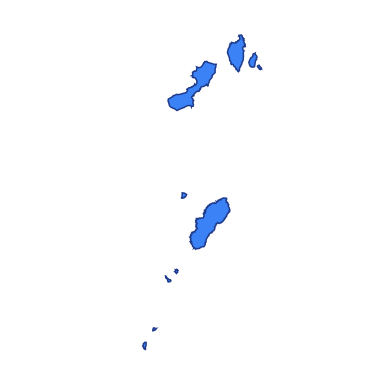 the district of Batanes, Batanes, Philippines, rotated 192°
{"feature_id": "2640588B23864872837062", "entity_name": "Batanes", "entity_type": "district", "adm_level": 2, "iso_a3": "PHL", "parent_name": "Philippines", "parent_adm1": "Batanes", "projection": "robinson", "projection_center": [121.895, 20.691], "detail": "fine", "context": "isolated", "style": "filled", "palette": "blue", "viewbox_px": 384, "rotation_deg": 192, "n_neighbors": 0, "source": "geoboundaries", "source_scale": "gbopen_adm2", "svg_char_len": 6136}
<svg xmlns="http://www.w3.org/2000/svg" viewBox="0 0 384 384"><g transform="rotate(192 192 192)"><path d="M176.7,136.8L175.2,137.7L173.4,138.2L170.9,140.5L169.0,141.0L168.3,142.7L168.2,143.9L168.5,144.3L168.3,144.3L168.4,145.6L167.9,146.0L168.3,148.5L166.9,152.7L166.5,152.9L166.8,153.2L166.2,154.9L165.1,156.0L164.2,156.2L164.1,157.3L163.8,157.2L163.5,158.1L162.5,159.0L162.1,160.9L162.5,162.3L162.3,162.2L162.4,162.7L161.6,164.6L161.9,165.7L161.6,166.1L161.0,166.2L160.7,167.4L159.0,166.8L158.0,167.7L157.3,167.7L157.1,168.5L156.2,169.0L156.2,169.5L155.5,170.0L155.4,170.7L154.6,171.7L154.8,172.8L154.3,172.8L153.7,174.7L153.2,175.0L153.3,176.1L153.1,176.2L153.0,177.8L152.2,178.8L152.1,179.6L151.9,179.5L151.2,180.4L151.1,181.0L151.5,181.4L151.2,181.4L151.3,182.3L152.3,184.2L153.5,185.6L153.6,187.3L154.1,187.3L154.8,188.9L155.9,188.9L155.8,189.2L156.2,189.3L156.1,190.0L156.9,190.5L156.8,190.8L157.1,191.3L156.6,192.4L156.8,192.9L157.8,193.1L160.4,192.5L162.0,191.2L162.0,190.8L162.3,191.0L162.8,190.2L163.4,190.2L163.4,189.9L164.5,189.5L164.4,189.1L164.6,189.2L165.7,187.7L165.7,187.2L166.1,187.4L165.8,186.8L166.4,185.9L166.9,185.7L168.0,186.2L168.7,185.4L169.6,185.5L170.1,184.8L171.0,184.5L171.6,183.7L171.5,183.3L172.1,183.4L172.1,183.1L172.9,182.5L172.7,182.3L173.2,182.1L173.2,181.4L173.7,181.3L173.7,180.6L174.0,180.8L174.2,180.0L174.6,179.8L174.4,178.7L174.6,178.0L175.2,177.9L175.2,177.2L175.4,177.3L175.6,176.9L175.2,176.5L175.6,176.5L175.3,176.1L175.7,176.1L175.4,175.6L175.8,174.9L175.4,174.8L175.8,174.6L175.0,174.0L176.2,173.3L175.9,173.1L175.9,172.2L175.5,172.0L175.2,171.2L175.6,169.1L178.0,168.3L178.2,168.0L179.2,168.1L180.0,167.3L180.4,167.4L180.4,166.8L181.3,166.9L181.1,166.3L181.5,165.8L182.1,166.3L182.0,165.6L182.5,164.8L182.0,164.1L182.1,163.2L180.5,162.6L180.6,161.8L181.3,161.3L180.7,160.6L181.2,159.7L181.1,159.2L180.5,158.9L180.5,158.5L180.2,158.7L179.7,158.3L179.2,157.2L180.2,156.3L180.1,155.6L180.9,154.8L180.9,153.7L181.5,153.3L181.6,153.5L181.8,153.5L182.0,153.0L183.2,152.9L183.8,152.4L183.2,151.9L183.2,151.2L184.2,150.6L184.3,149.9L184.0,149.5L184.3,149.1L183.8,148.7L184.4,148.1L184.3,147.3L184.0,146.9L184.3,146.9L183.3,146.0L183.6,145.2L182.9,144.0L183.4,143.2L183.0,143.1L183.3,143.0L182.4,141.9L181.7,141.8L181.9,141.2L180.6,140.3L180.2,139.1L178.4,137.8L178.5,137.3L177.8,137.9L176.7,136.8ZM215.2,304.2L212.7,304.3L211.0,302.7L210.1,301.1L210.0,299.3L210.4,297.8L210.9,297.9L211.2,297.5L211.9,298.0L211.8,297.1L212.0,296.4L212.8,296.1L212.9,295.5L213.9,295.0L214.0,294.6L214.4,294.7L215.4,293.6L216.6,293.4L217.6,291.9L218.1,291.9L218.4,291.3L217.4,290.3L218.3,288.1L225.1,284.5L227.4,284.3L229.6,282.5L230.3,282.5L230.8,281.4L232.4,279.7L234.4,278.1L234.5,276.8L234.1,276.0L234.1,275.4L233.6,275.1L232.0,271.8L230.9,270.9L228.6,270.1L226.6,269.9L223.6,268.6L220.3,271.2L217.8,272.7L214.7,275.4L211.5,276.3L211.0,276.1L210.3,275.1L210.3,275.9L208.7,276.1L208.8,278.0L209.7,279.3L209.6,280.4L209.9,280.9L209.6,281.4L210.0,281.6L209.6,282.1L210.3,282.6L210.7,283.5L211.8,284.1L211.9,284.3L211.6,284.6L212.0,284.4L212.1,284.8L211.6,285.8L211.2,285.9L211.3,286.2L210.2,286.5L210.2,287.1L210.8,287.2L210.7,287.8L208.6,290.9L207.3,291.9L206.5,291.8L205.9,292.2L205.9,293.3L205.3,293.8L205.5,294.2L205.2,294.2L205.2,294.7L205.5,294.2L205.6,294.5L205.0,295.2L205.0,296.5L203.6,297.4L202.8,297.5L201.4,298.7L201.1,299.3L200.6,299.4L200.3,300.2L198.8,299.0L198.3,299.4L198.7,300.7L198.2,302.3L198.0,305.2L196.6,307.5L196.2,309.0L196.6,310.2L194.2,313.6L195.0,317.2L194.9,318.9L194.7,319.0L195.0,321.0L194.7,322.5L195.2,321.9L196.4,321.5L203.5,322.1L204.5,322.8L205.3,322.7L205.7,322.1L206.6,322.1L206.4,321.6L206.9,320.9L207.4,320.8L208.0,318.0L209.4,315.8L211.3,315.0L213.5,315.3L213.0,314.4L213.0,311.4L213.6,310.8L214.6,311.0L216.4,309.2L215.9,308.2L216.0,307.6L215.5,306.3L216.4,305.6L215.3,305.6L215.0,305.1L215.2,304.2ZM171.6,319.3L170.8,320.9L171.2,321.4L171.1,323.4L170.0,327.3L170.0,329.4L169.4,331.2L169.9,335.6L170.7,338.6L170.8,340.9L170.6,341.0L171.9,341.9L172.4,343.3L172.1,344.5L171.2,345.1L170.4,345.0L170.2,345.4L170.7,345.7L170.4,345.8L170.8,346.3L170.5,346.7L170.7,347.5L171.4,347.6L171.3,348.1L172.6,349.8L172.9,350.5L172.7,350.8L173.2,351.0L172.8,351.5L173.7,352.0L173.4,352.5L173.9,352.4L173.7,353.0L174.1,353.5L174.8,353.6L175.3,355.0L175.6,354.9L176.2,355.7L176.6,355.4L177.6,355.5L178.1,354.7L178.6,354.9L178.7,354.3L178.4,354.4L177.9,353.7L176.9,351.7L177.9,349.8L178.6,349.6L178.5,349.2L179.4,348.1L180.1,348.0L179.8,347.5L180.5,346.7L183.3,346.5L184.0,346.1L184.3,346.5L184.8,345.6L184.5,345.6L184.6,345.1L185.4,345.1L185.1,344.5L185.5,344.2L185.2,343.4L185.8,342.6L185.3,342.1L186.3,339.6L186.3,335.6L183.5,331.4L182.3,328.3L180.9,327.2L180.7,325.5L179.8,324.9L179.2,325.4L178.1,325.0L176.9,323.5L176.2,323.5L174.6,322.1L174.7,321.6L174.5,321.3L174.3,321.6L173.9,321.4L172.4,319.7L171.6,319.3ZM160.0,326.6L157.8,327.0L156.9,327.6L157.2,333.0L156.9,334.6L156.3,335.1L156.8,336.2L156.4,337.4L157.1,338.5L159.1,340.2L159.1,340.9L159.8,340.2L160.6,340.1L161.0,338.7L160.8,337.6L161.2,336.6L162.5,335.3L163.4,330.8L161.9,327.9L161.2,327.2L160.0,326.6ZM200.8,183.9L199.5,184.1L199.1,184.7L198.5,184.7L198.1,185.0L197.8,185.9L197.3,186.2L196.8,188.5L199.1,189.3L201.4,189.2L200.7,185.1L201.1,184.2L200.8,183.9ZM204.9,28.3L204.9,29.3L205.3,29.9L205.1,32.6L205.6,35.3L205.9,35.4L206.9,35.1L208.0,33.5L207.8,32.0L208.1,31.4L207.8,31.4L207.7,30.6L207.0,29.9L207.0,29.3L206.6,29.0L206.2,29.3L205.5,28.4L204.9,28.3ZM196.5,99.1L194.5,99.9L194.3,101.1L194.9,101.6L196.7,101.7L198.1,102.7L198.6,102.7L199.6,103.6L199.7,104.2L200.4,104.3L199.8,102.6L199.0,102.2L198.6,102.3L197.6,100.8L196.9,99.3L196.5,99.1ZM151.2,325.9L150.6,326.0L150.4,326.7L149.5,326.6L150.0,327.8L152.2,329.1L152.5,329.9L153.5,329.6L154.0,329.0L154.0,328.2L151.2,325.9ZM190.3,109.1L189.4,110.6L189.8,111.5L189.7,112.1L189.4,112.3L190.2,113.0L190.7,112.7L191.0,113.0L191.4,112.4L192.0,112.5L191.7,112.0L192.0,110.9L192.4,110.6L190.3,109.1ZM201.3,48.1L199.1,49.6L198.8,50.1L199.1,50.8L198.9,51.0L199.6,50.8L200.7,51.3L201.5,50.8L201.7,48.6L201.3,48.1Z" fill="#3b82f6" stroke="#1e3a8a" stroke-width="1.5"/></g></svg>